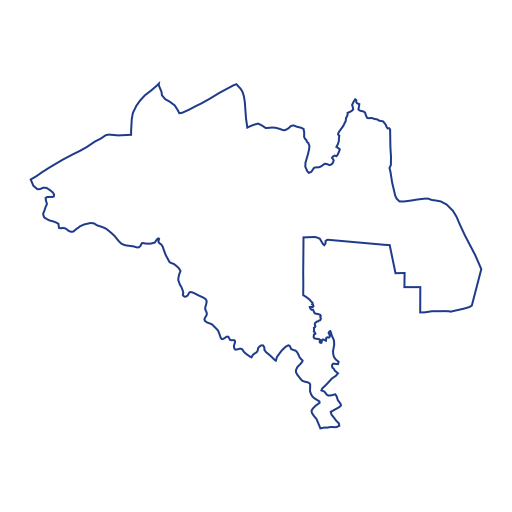 outline of Pur Rieng, Prey Vêng, Cambodia
{"feature_id": "14789045B26766216675918", "entity_name": "Pur Rieng", "entity_type": "district", "adm_level": 2, "iso_a3": "KHM", "parent_name": "Cambodia", "parent_adm1": "Prey Vêng", "projection": "mercator", "projection_center": [105.263, 11.512], "detail": "fine", "context": "isolated", "style": "outline", "palette": "blue", "viewbox_px": 512, "rotation_deg": 0, "n_neighbors": 0, "source": "geoboundaries", "source_scale": "gbopen_adm2", "svg_char_len": 6050}
<svg xmlns="http://www.w3.org/2000/svg" viewBox="0 0 512 512"><path d="M311.5,410.9L311.9,412.9L313.7,415.7L316.6,419.2L320.4,428.4L323.8,427.6L327.4,427.6L330.6,427.0L336.2,427.2L339.3,425.8L338.9,423.4L336.1,420.6L334.1,417.8L331.6,414.8L330.7,411.9L339.3,407.1L341.0,405.5L340.5,403.7L337.8,400.1L336.7,396.5L335.3,394.3L331.5,395.3L328.6,395.6L326.9,394.8L324.4,391.6L321.4,390.4L322.2,388.5L326.8,384.1L331.9,378.5L335.9,375.8L338.0,373.3L335.0,370.9L333.7,368.7L332.4,367.6L332.0,365.8L332.3,364.6L333.2,363.7L334.2,363.7L335.9,364.0L338.0,364.1L338.3,363.2L338.6,361.8L335.7,359.4L334.0,357.0L333.3,354.7L333.0,351.2L334.2,344.8L334.1,342.4L333.8,339.9L332.3,336.7L331.7,335.2L330.8,332.1L330.3,331.1L329.4,331.5L328.6,333.0L329.3,334.2L329.9,336.1L329.4,337.3L328.4,337.6L327.5,337.3L326.3,337.8L325.9,340.7L324.0,339.8L322.9,339.4L321.8,340.2L321.8,341.7L321.4,342.8L320.3,342.8L319.6,341.9L320.0,340.9L320.1,339.9L319.3,339.3L318.1,339.0L316.4,338.8L314.3,338.3L313.6,337.0L314.0,334.5L315.4,333.7L314.8,332.4L313.8,331.4L314.1,330.2L313.9,327.8L314.9,327.2L315.4,326.3L314.7,324.5L315.1,323.0L316.8,321.6L317.8,321.5L318.8,320.6L319.7,320.5L320.5,319.8L320.9,318.5L320.2,317.0L320.8,316.1L320.2,314.8L318.2,314.1L315.0,313.5L314.2,312.5L313.5,310.7L312.9,309.7L311.6,309.8L310.9,309.2L310.1,308.1L309.8,307.0L311.0,306.9L312.7,307.1L313.5,306.0L313.0,304.8L312.1,304.4L312.7,303.1L309.3,299.4L307.1,297.6L303.2,295.1L303.3,284.3L303.2,273.0L303.5,237.4L314.7,237.0L316.7,237.4L319.8,238.7L323.0,244.1L324.2,245.2L325.5,243.5L325.6,241.0L327.1,239.9L328.3,239.8L384.5,244.8L389.7,245.1L395.5,273.2L404.6,273.0L404.4,287.1L420.3,287.1L420.2,312.4L424.3,312.4L432.2,311.2L440.9,311.2L444.1,311.1L449.5,311.3L450.4,311.7L464.1,308.6L469.3,307.1L471.8,305.6L481.3,269.1L475.2,255.1L469.4,244.0L464.8,235.2L459.7,224.2L456.5,216.7L452.9,210.8L446.6,204.5L440.7,201.4L435.8,200.5L431.9,200.0L428.0,198.6L424.2,198.7L417.4,199.5L410.8,200.6L403.8,201.5L399.5,201.4L396.6,198.6L395.2,195.6L392.1,182.4L390.5,172.0L389.5,168.0L390.9,164.9L391.0,157.0L390.4,147.2L390.1,129.5L389.1,128.2L387.6,128.4L386.5,126.8L385.9,125.0L384.5,123.1L383.1,121.4L380.6,120.9L379.1,120.7L377.5,119.5L373.6,118.7L371.9,118.0L369.8,118.1L367.8,118.1L367.0,117.7L365.7,114.8L365.1,112.6L363.3,111.4L360.4,110.8L359.1,110.1L358.4,109.3L359.0,106.5L359.3,104.1L357.3,103.4L356.4,102.5L356.2,100.0L355.2,99.3L353.7,101.6L352.1,104.9L352.8,107.2L353.2,109.5L351.7,110.9L349.7,112.0L347.6,112.8L347.6,114.6L346.9,116.6L346.1,117.8L345.7,121.0L343.1,126.2L339.3,131.4L338.4,132.9L338.1,134.5L339.3,135.7L338.9,138.7L338.8,141.3L337.8,144.3L336.4,146.9L338.3,148.1L339.8,149.3L338.9,151.9L337.6,154.8L336.4,156.2L334.6,155.6L332.7,156.7L332.0,157.9L332.9,158.9L333.7,160.4L332.9,162.8L331.4,164.5L329.4,165.1L326.8,164.0L324.7,163.8L320.9,166.5L318.7,167.3L315.5,167.4L314.0,167.9L311.3,171.8L308.8,172.9L307.3,171.2L305.3,166.7L305.5,162.6L308.1,153.6L309.2,148.8L309.4,145.8L308.3,143.0L306.9,141.8L306.3,140.0L304.9,138.7L304.1,136.7L304.2,132.6L303.6,129.0L301.3,127.8L296.8,126.7L293.6,125.4L291.0,126.0L288.2,128.5L285.2,130.1L283.3,130.2L279.1,128.7L275.7,127.8L272.1,127.5L268.5,127.9L265.7,128.0L262.1,125.6L258.2,123.6L254.3,124.6L250.2,126.2L247.3,127.6L246.0,118.3L244.8,102.0L243.9,96.3L242.6,92.1L240.8,89.0L236.4,84.2L233.3,85.4L219.5,92.8L209.8,98.7L201.6,103.3L196.0,106.0L189.0,109.7L182.2,112.8L179.3,113.2L177.6,109.9L174.8,105.5L169.9,101.8L165.1,99.1L161.9,95.2L161.5,91.8L158.7,85.2L158.9,83.6L156.4,86.0L150.9,90.7L145.0,95.2L140.2,100.4L136.4,105.7L132.9,112.9L131.8,118.8L131.1,130.5L131.1,134.8L118.3,135.4L109.0,134.6L105.9,135.1L100.6,138.7L95.0,141.5L86.8,147.0L80.1,150.8L73.1,154.2L62.3,159.9L49.0,167.8L42.2,172.1L36.4,176.2L30.7,179.5L33.4,185.8L37.4,189.2L40.0,189.1L43.3,187.7L46.5,187.9L49.8,190.0L52.8,192.4L54.1,194.6L53.8,196.5L52.6,196.9L47.2,197.0L45.6,198.0L45.9,200.5L46.7,203.0L46.9,204.2L45.7,206.7L44.5,210.3L43.2,213.6L43.3,214.9L44.2,217.4L47.4,219.4L49.7,220.5L53.3,221.4L55.9,222.4L58.4,223.8L59.0,227.9L61.0,228.3L62.8,227.9L65.3,228.4L67.0,229.5L68.5,230.8L71.0,231.8L73.3,231.6L76.7,228.7L77.9,228.0L80.0,226.3L84.3,224.4L90.6,223.0L94.0,223.4L97.2,225.4L101.4,226.7L105.3,228.3L107.7,229.9L111.7,233.3L114.7,236.1L118.7,241.1L121.4,243.7L123.6,244.7L126.0,245.4L134.2,246.5L135.1,246.9L136.9,247.4L138.9,247.3L140.4,246.0L141.9,243.1L143.3,243.1L145.2,243.5L148.0,243.7L150.8,243.6L154.7,242.6L157.1,239.2L158.2,238.4L159.1,238.8L158.4,241.3L158.7,242.3L159.6,243.4L161.3,244.5L162.6,246.5L164.8,252.7L165.9,255.4L169.4,261.9L170.6,262.8L173.9,264.0L176.0,265.6L178.8,268.1L180.5,271.0L179.2,274.3L178.3,278.5L178.3,280.2L179.8,284.4L181.3,286.9L182.6,290.1L183.3,292.8L182.8,294.8L183.5,296.0L184.6,296.7L185.7,296.7L187.5,295.6L189.4,292.5L190.3,292.0L192.3,292.4L194.5,293.3L198.3,295.3L202.9,297.4L204.5,298.3L205.9,299.4L206.7,301.3L206.3,303.7L205.2,307.7L205.2,309.2L206.6,312.4L206.8,313.6L206.6,315.1L204.9,318.0L204.4,319.2L204.9,320.9L207.0,322.4L211.7,324.2L213.3,325.6L217.5,329.9L218.3,331.1L219.2,333.4L220.8,338.0L221.7,339.0L222.7,339.1L224.3,338.3L226.0,337.1L226.9,336.6L228.4,336.8L230.0,339.9L231.2,340.2L234.3,340.2L235.0,341.1L235.1,342.1L234.1,345.1L233.9,346.7L234.4,348.6L235.3,349.6L236.3,349.6L240.2,348.6L242.2,349.2L242.8,350.3L244.2,352.2L245.7,353.5L247.1,354.6L250.3,356.8L251.5,357.3L252.1,356.2L253.2,354.5L256.8,352.1L257.7,350.5L258.1,348.1L259.9,346.2L261.3,345.4L263.0,345.4L263.9,346.6L264.4,347.9L264.4,349.9L266.0,352.1L270.0,355.4L274.8,360.0L275.8,360.7L276.4,359.0L276.9,357.0L280.2,352.5L281.6,350.7L284.7,347.6L286.2,346.4L287.3,345.8L288.5,345.3L289.8,346.0L291.2,349.1L293.9,350.2L295.3,350.5L296.1,351.1L297.3,352.5L298.1,353.9L299.4,356.9L300.6,358.6L302.6,360.5L302.3,361.7L300.3,364.1L297.4,367.0L295.9,370.3L296.0,372.3L297.3,374.7L300.9,379.4L302.5,380.9L305.1,381.8L307.8,382.3L309.7,383.5L310.2,384.8L310.0,391.1L311.0,394.1L312.4,396.5L314.1,398.1L319.4,401.4L319.6,402.8L315.3,406.0L312.7,408.7L311.5,410.9Z" fill="none" stroke="#1e3a8a" stroke-width="2"/></svg>